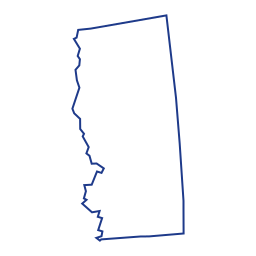 Grimes, Texas, United States of America (Natural Earth projection)
{"feature_id": "52423323B77575058684255", "entity_name": "Grimes", "entity_type": "district", "adm_level": 2, "iso_a3": "USA", "parent_name": "United States of America", "parent_adm1": "Texas", "projection": "natural_earth1", "projection_center": [-96.09, 30.545], "detail": "fine", "context": "isolated", "style": "outline", "palette": "blue", "viewbox_px": 256, "rotation_deg": 0, "n_neighbors": 0, "source": "geoboundaries", "source_scale": "gbopen_adm2", "svg_char_len": 677}
<svg xmlns="http://www.w3.org/2000/svg" viewBox="0 0 256 256"><path d="M78.2,29.9L76.6,37.6L73.9,38.9L79.9,48.7L77.7,56.0L79.9,59.2L79.3,65.4L75.5,69.8L76.9,80.3L79.4,87.7L72.4,108.7L74.2,113.3L80.1,118.9L80.2,129.0L84.0,133.8L82.7,136.4L88.7,147.1L86.4,153.4L89.5,155.8L91.7,163.7L96.6,163.5L103.8,168.4L101.5,172.9L97.0,171.5L91.7,184.7L84.3,185.1L85.9,191.2L83.9,198.4L86.5,199.8L82.2,203.6L92.0,212.3L99.6,211.0L97.8,216.8L102.1,218.1L98.2,230.1L102.4,231.4L101.5,236.2L96.4,237.9L99.9,240.6L101.2,239.4L140.3,236.5L149.1,236.4L183.6,233.5L183.5,209.2L183.5,200.9L179.7,143.7L176.0,97.8L166.4,15.4L90.7,28.6L78.2,29.9Z" fill="none" stroke="#1e3a8a" stroke-width="2"/></svg>